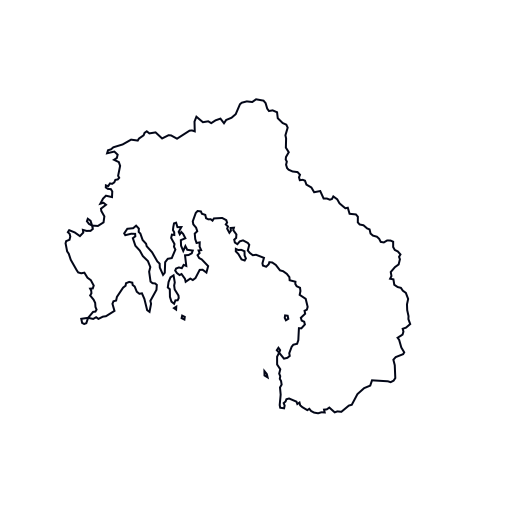 Paraty, Rio de Janeiro, Brazil (Mercator projection), rotated 118°
{"feature_id": "56859067B52906946638112", "entity_name": "Paraty", "entity_type": "district", "adm_level": 2, "iso_a3": "BRA", "parent_name": "Brazil", "parent_adm1": "Rio de Janeiro", "projection": "mercator", "projection_center": [-44.67, -23.142], "detail": "fine", "context": "isolated", "style": "outline", "palette": "ink", "viewbox_px": 512, "rotation_deg": 118, "n_neighbors": 0, "source": "geoboundaries", "source_scale": "gbopen_adm2", "svg_char_len": 6151}
<svg xmlns="http://www.w3.org/2000/svg" viewBox="0 0 512 512"><g transform="rotate(118 256 256)"><path d="M298.4,75.7L287.3,82.2L283.1,86.0L279.7,85.2L273.6,80.0L271.5,79.9L268.6,84.7L262.8,90.3L261.7,92.6L256.6,89.7L253.6,90.3L251.4,92.3L248.8,89.9L243.7,87.9L240.2,91.8L237.5,93.1L232.8,97.1L227.8,100.0L222.5,101.5L218.2,106.4L217.7,110.1L216.1,113.1L216.9,116.3L216.5,120.4L212.1,123.7L213.1,126.9L210.1,127.0L206.9,129.5L200.6,128.1L196.5,126.1L191.3,127.4L189.6,129.3L186.8,129.2L185.4,132.9L185.5,136.3L183.7,139.1L179.0,141.6L179.2,144.5L180.7,147.5L184.0,149.5L185.0,152.5L183.0,155.3L182.2,158.3L183.1,162.3L182.4,165.4L179.2,168.2L179.5,170.8L178.4,175.5L179.5,179.3L178.5,181.9L173.5,184.5L172.4,187.3L174.8,193.2L170.3,197.6L171.9,199.5L171.3,202.5L170.3,207.0L167.8,210.9L167.1,215.7L170.0,215.7L171.6,217.2L172.0,220.5L173.5,223.3L168.5,229.8L172.4,234.6L169.5,239.3L169.3,245.0L166.5,248.1L166.8,250.5L168.5,252.9L166.3,255.0L163.6,255.3L162.4,258.7L164.2,263.4L164.5,267.7L163.8,269.8L161.3,272.3L158.2,273.1L156.8,275.1L154.5,276.0L149.0,275.8L146.3,280.5L138.1,284.6L135.6,286.7L127.8,288.3L125.8,290.9L126.1,294.9L124.1,301.5L119.2,304.9L119.6,309.7L121.9,312.6L120.6,315.3L116.5,319.3L115.3,322.3L117.6,329.5L121.8,331.6L123.8,336.7L127.3,340.5L129.5,341.4L140.3,340.5L145.4,342.5L149.9,346.2L153.8,346.6L151.4,351.9L155.2,355.4L159.7,357.9L159.5,361.4L162.8,365.7L161.0,374.0L166.2,373.4L174.7,368.6L175.2,371.5L176.5,373.5L189.5,380.8L189.4,387.6L190.4,389.9L196.3,394.1L194.0,402.7L197.8,407.7L197.2,411.0L199.6,412.2L202.2,411.9L207.3,414.5L209.6,414.6L211.9,420.9L220.1,426.1L227.0,433.0L229.9,434.1L232.1,436.3L235.2,435.7L230.3,430.1L231.5,425.7L234.8,424.9L237.7,426.5L237.5,421.2L240.2,418.3L249.9,415.4L251.2,413.5L253.3,414.0L254.8,415.9L257.5,415.7L259.8,416.9L260.5,419.0L263.7,419.3L264.1,421.7L266.0,420.8L266.3,418.3L265.1,415.6L266.5,413.2L271.6,410.8L273.2,416.8L277.1,418.0L282.9,418.0L280.6,415.7L281.2,412.5L287.0,415.1L288.9,413.7L292.2,408.5L297.9,406.4L303.7,409.7L306.1,415.0L308.7,412.8L311.5,413.9L313.4,417.4L314.2,421.1L316.4,419.5L321.1,420.8L320.3,427.1L320.9,433.1L323.3,433.3L323.9,431.0L326.0,429.1L329.2,428.3L332.0,430.6L334.2,430.1L340.6,424.9L341.9,422.4L346.3,417.8L352.7,407.7L354.0,405.3L353.3,402.2L351.3,399.7L354.3,394.6L354.9,390.5L358.3,385.4L361.3,384.9L362.7,387.1L364.0,385.2L366.2,383.8L368.7,383.9L370.8,378.9L372.9,376.0L376.4,373.8L378.2,371.6L380.5,371.7L381.8,373.6L389.4,375.2L388.0,370.2L385.1,368.4L385.5,365.6L381.4,362.7L379.6,360.2L370.9,355.2L365.6,360.3L362.9,360.6L361.0,358.6L357.4,359.6L346.3,358.5L343.5,357.2L341.1,358.0L338.4,355.8L337.6,352.7L339.5,351.3L339.9,348.8L343.5,344.5L344.1,341.2L342.5,339.2L346.3,334.4L354.9,326.7L355.3,323.8L347.5,326.2L345.2,328.2L332.6,328.0L328.1,330.0L327.6,332.2L328.6,334.6L328.1,337.1L320.0,343.0L315.4,344.1L311.2,349.1L309.2,355.9L305.8,361.1L303.6,367.3L298.1,373.1L295.3,371.8L293.2,373.1L294.9,376.6L299.0,381.2L297.9,383.0L292.4,382.4L289.1,377.5L285.5,376.1L286.8,372.3L289.8,370.9L290.5,368.6L295.1,363.6L296.8,358.8L298.7,357.1L301.5,349.5L307.1,340.6L308.0,337.5L311.4,335.5L316.3,329.2L313.6,328.7L304.1,333.3L299.9,332.6L297.4,329.4L288.2,330.2L286.3,332.8L283.7,333.6L279.9,339.4L276.6,340.3L275.8,338.0L273.4,339.4L272.1,341.5L269.3,342.6L265.7,343.7L264.1,342.2L267.4,338.9L265.5,335.5L271.0,335.6L272.6,333.5L269.9,333.2L270.7,330.7L273.5,326.7L277.3,329.8L282.1,327.0L285.7,322.6L280.4,323.0L282.8,319.6L280.9,314.4L283.8,314.0L286.8,316.0L288.7,319.0L297.5,312.9L297.8,315.7L301.6,315.8L302.3,318.7L304.6,320.7L306.8,320.5L308.2,317.8L308.7,314.5L306.9,313.3L309.5,308.0L311.8,306.0L306.8,303.4L306.9,300.5L303.9,299.1L294.7,299.2L293.2,296.7L293.9,292.0L287.4,293.5L284.5,302.3L284.5,305.2L282.7,308.0L279.9,307.2L278.1,309.3L276.6,307.2L274.2,310.2L270.4,312.1L272.4,314.6L269.6,317.6L265.0,320.6L261.7,319.5L259.1,322.2L257.5,326.2L255.1,328.1L246.2,329.4L243.7,328.7L242.5,325.6L244.1,323.6L243.5,320.1L246.1,317.8L246.0,315.3L244.8,313.3L245.2,311.0L242.6,310.8L238.3,303.7L238.3,299.1L240.1,297.2L242.3,297.5L243.1,294.6L245.4,294.3L248.0,290.4L245.5,290.0L243.2,291.6L241.4,288.8L243.8,288.3L246.2,283.4L249.4,282.0L251.8,282.9L254.0,281.0L254.3,278.0L250.7,277.2L248.3,274.8L248.3,269.4L249.3,267.2L255.0,265.8L256.2,262.9L256.8,259.2L254.9,256.5L253.9,248.1L259.4,246.9L261.2,245.4L260.7,242.0L257.4,240.9L255.2,241.3L254.1,238.6L254.6,234.3L257.4,228.1L256.7,224.9L257.3,220.4L259.0,216.6L261.6,214.9L260.2,209.1L262.2,208.2L263.6,205.9L263.4,202.2L266.1,200.3L269.8,199.2L270.5,192.0L276.7,186.5L279.5,185.9L281.6,187.4L283.9,185.5L289.5,187.4L291.6,185.3L291.4,182.6L293.5,180.7L298.6,182.0L299.6,184.2L310.5,179.1L314.2,178.5L316.8,181.4L319.4,181.9L326.2,181.0L328.4,179.3L331.2,180.5L333.5,183.1L330.5,190.2L335.0,190.1L341.9,186.4L344.6,181.4L349.0,180.3L350.7,178.2L353.3,177.3L354.6,175.2L357.5,173.0L360.8,173.1L366.9,169.1L376.5,165.1L378.6,163.4L377.3,159.7L374.6,160.5L372.9,162.5L370.6,161.6L368.2,161.9L366.3,159.9L365.6,151.9L367.3,150.0L365.0,148.8L367.1,146.9L367.7,144.2L368.0,138.3L365.9,137.2L367.0,134.6L367.0,131.2L365.7,127.3L363.3,124.9L361.9,121.9L359.7,123.8L358.2,121.5L355.4,120.1L357.1,113.1L355.0,111.2L353.5,107.5L344.5,103.8L342.4,101.6L330.3,101.6L321.9,98.5L316.8,94.3L311.3,95.2L304.7,80.7L304.2,77.9L301.5,76.0L298.4,75.7ZM331.9,304.4L329.4,304.5L327.3,305.9L323.7,312.1L320.5,314.4L317.5,315.3L311.8,319.7L315.0,321.5L320.0,321.0L325.2,319.1L325.8,316.5L332.5,312.8L336.0,309.2L336.6,305.9L333.0,306.3L331.9,304.4ZM261.4,276.0L262.5,272.5L265.8,267.2L265.3,263.9L262.9,263.8L260.9,266.3L257.2,268.4L257.5,271.9L259.1,274.6L259.2,277.1L261.4,276.0ZM389.4,375.2L393.5,380.8L396.7,378.1L396.7,375.8L395.0,374.3L389.4,375.2ZM306.1,415.0L302.6,418.6L302.1,422.0L304.7,421.6L306.1,418.5L306.1,415.0ZM297.1,201.6L298.7,199.4L296.3,198.0L293.9,200.0L294.8,202.4L297.1,201.6ZM357.5,192.4L357.7,188.8L355.2,191.0L353.7,194.5L357.5,192.4ZM330.5,190.2L327.8,190.5L326.5,193.1L329.4,193.4L330.5,190.2ZM345.8,292.5L345.7,289.4L343.2,290.3L343.3,293.2L345.8,292.5ZM340.8,301.4L338.2,302.6L340.5,303.9L340.8,301.4Z" fill="none" stroke="#020617" stroke-width="2"/></g></svg>